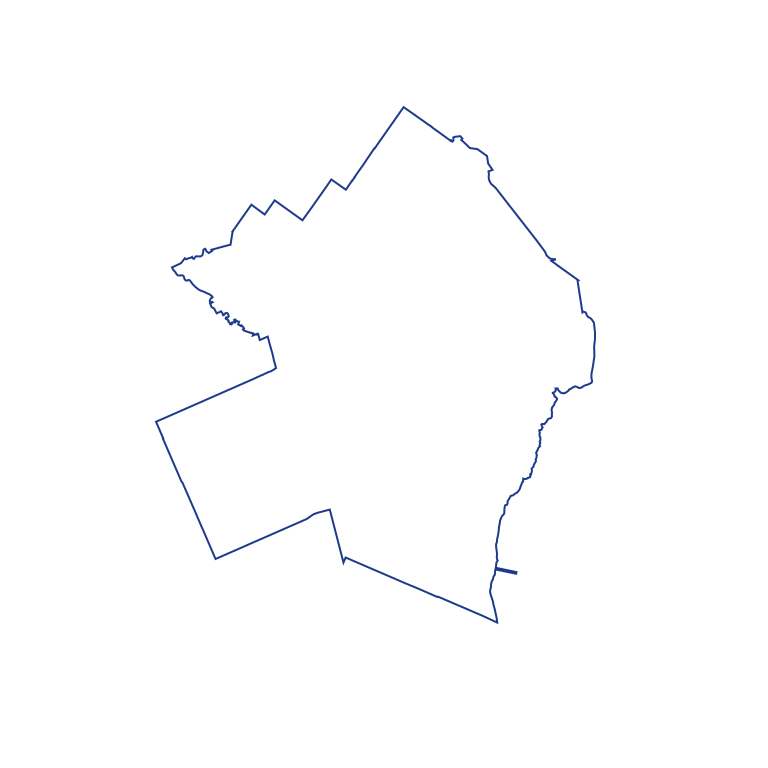 outline of Salisbury, South Australia, Australia, rotated 219°
{"feature_id": "25037944B95616539853674", "entity_name": "Salisbury", "entity_type": "district", "adm_level": 2, "iso_a3": "AUS", "parent_name": "Australia", "parent_adm1": "South Australia", "projection": "orthographic", "projection_center": [138.626, -34.768], "detail": "fine", "context": "isolated", "style": "outline", "palette": "blue", "viewbox_px": 768, "rotation_deg": 219, "n_neighbors": 0, "source": "geoboundaries", "source_scale": "gbopen_adm2", "svg_char_len": 6094}
<svg xmlns="http://www.w3.org/2000/svg" viewBox="0 0 768 768"><g transform="rotate(219 384 384)"><path d="M145.9,269.8L147.6,271.5L149.3,273.1L153.9,276.8L156.1,278.6L160.1,281.4L162.6,283.6L165.6,285.6L168.4,287.3L170.6,289.1L172.0,291.0L172.9,293.3L173.7,294.2L174.6,295.5L175.3,296.8L176.1,298.6L176.3,300.4L177.0,301.7L177.7,303.5L177.8,304.4L177.8,305.4L180.1,308.9L180.7,310.0L161.9,319.7L162.7,321.2L181.5,311.5L182.2,312.8L183.5,314.8L184.1,315.6L184.5,317.3L184.5,318.3L185.9,319.0L187.3,320.3L188.6,322.2L189.9,323.8L192.0,325.8L193.7,327.3L195.3,329.0L196.2,330.4L196.8,332.2L197.9,333.8L198.7,335.2L201.0,339.6L203.0,342.9L204.6,345.1L205.7,347.4L208.0,351.3L209.2,355.6L208.9,358.1L209.4,359.6L210.5,361.0L211.2,361.8L213.1,364.9L213.5,366.1L212.5,367.2L212.6,368.5L213.4,369.7L214.1,370.5L214.7,374.6L215.1,376.7L214.4,377.8L213.6,378.8L213.3,380.8L212.8,382.3L212.2,383.4L212.2,386.3L212.4,387.8L213.7,391.3L214.2,393.4L214.7,394.2L214.5,395.7L216.3,398.1L214.6,398.8L213.4,400.3L213.4,400.8L213.1,401.2L213.1,401.6L212.2,402.9L211.8,403.7L213.5,405.9L212.8,406.3L214.2,409.3L215.4,410.7L216.1,411.2L215.9,412.5L215.8,414.0L216.6,415.3L216.8,416.5L217.1,417.1L217.0,417.8L217.4,419.8L218.7,420.9L219.0,422.6L220.3,424.3L220.4,425.0L222.5,426.2L222.9,428.7L223.2,429.2L223.3,430.1L223.8,431.3L223.6,433.9L224.4,434.1L225.7,436.9L226.8,437.2L227.1,438.6L227.4,438.9L227.6,439.4L229.0,441.0L229.9,441.1L231.5,442.7L232.3,444.3L233.4,445.0L234.2,445.9L232.9,447.4L233.3,449.6L233.6,449.8L233.6,450.2L234.7,450.6L236.2,451.5L236.0,452.5L235.2,453.0L234.2,453.7L234.1,455.6L233.9,456.8L234.1,457.1L234.1,458.2L234.5,460.0L232.7,462.8L233.2,464.8L233.6,465.0L234.3,465.8L234.9,466.8L235.7,467.8L237.6,469.4L237.7,469.6L238.2,471.0L238.6,471.5L238.5,471.9L238.7,472.5L238.6,474.4L238.8,475.3L239.5,476.6L239.6,477.8L239.6,479.6L240.2,481.5L242.1,481.9L243.4,481.6L243.8,481.7L244.1,482.3L245.2,482.8L246.2,483.1L246.9,483.0L247.3,483.4L246.8,484.1L246.4,485.3L246.4,486.9L247.2,488.2L247.8,488.5L246.3,489.8L244.3,488.8L242.8,488.7L242.5,488.6L241.0,488.6L240.0,488.9L238.2,490.1L237.2,491.9L237.0,492.9L236.7,493.7L236.6,494.7L236.4,495.3L236.7,496.2L235.8,497.7L235.3,499.6L234.9,500.3L234.8,501.1L234.3,501.6L233.9,502.5L232.5,503.1L231.4,503.4L230.0,503.5L229.1,504.2L228.4,505.7L228.0,506.1L227.9,506.6L227.9,507.2L227.7,507.6L227.3,508.7L226.9,509.4L224.9,512.4L224.5,513.3L223.8,515.0L223.6,515.4L223.7,516.7L224.5,517.6L226.7,519.3L229.0,522.2L232.7,529.1L237.9,537.9L244.3,545.4L248.4,551.8L252.3,556.7L259.4,563.7L262.1,564.6L264.3,565.1L267.2,564.6L268.6,564.7L269.9,565.2L271.3,566.1L272.4,566.5L274.6,565.7L274.8,564.5L288.4,576.8L298.6,586.1L298.2,586.9L325.1,585.3L325.9,585.4L331.4,585.0L328.9,589.1L332.3,586.7L333.0,586.4L333.8,586.1L335.4,585.9L337.2,586.2L338.6,586.2L340.5,587.3L342.4,588.2L355.3,591.5L419.5,606.4L420.5,606.6L425.3,606.9L426.3,606.9L427.4,607.2L429.5,608.0L431.4,609.2L432.3,610.1L433.0,610.9L434.3,612.8L435.1,613.7L436.6,615.0L434.4,618.7L441.8,620.9L447.4,626.0L459.2,625.3L465.8,621.4L469.5,621.8L475.5,622.2L477.5,622.2L477.5,624.1L480.7,624.6L484.3,620.9L485.3,619.3L483.4,617.0L483.3,615.6L485.0,615.6L484.8,615.0L508.3,613.7L508.4,613.9L511.0,613.8L511.3,613.6L526.8,612.6L543.0,611.5L539.5,561.1L539.8,561.0L538.6,546.8L538.2,543.1L537.2,527.9L537.1,527.3L537.1,526.1L536.8,526.0L536.9,525.6L536.6,522.2L536.8,522.2L535.9,511.0L553.6,509.8L551.3,476.4L550.4,459.9L584.5,457.9L583.4,440.6L599.9,439.9L597.7,407.0L597.3,407.0L597.3,406.7L590.9,395.6L593.0,393.0L602.6,379.7L602.1,379.5L601.3,379.4L602.6,375.5L605.6,375.5L608.0,376.6L608.8,375.1L608.8,374.7L606.7,371.2L606.4,370.4L606.3,369.6L606.5,368.5L606.7,368.0L607.5,367.2L610.5,364.9L610.6,362.7L610.5,362.0L610.4,361.7L611.4,361.3L612.1,361.4L613.1,362.0L613.2,361.7L613.7,360.5L614.3,359.6L615.6,357.8L616.1,356.5L617.9,356.4L617.8,350.1L622.1,341.2L621.4,340.9L620.3,340.3L619.6,340.1L616.8,339.7L614.6,338.9L612.8,338.6L612.3,338.9L610.7,339.9L610.4,340.5L609.3,341.4L608.9,341.6L607.7,341.7L607.3,341.5L606.7,341.2L606.2,340.7L605.9,340.6L605.2,340.1L604.2,339.8L603.0,339.8L602.6,340.0L602.1,340.6L601.2,342.0L600.5,342.3L600.0,342.3L598.8,342.0L597.1,341.6L595.4,341.1L592.2,340.9L591.3,340.7L589.9,340.8L588.3,340.7L586.2,341.0L584.7,341.4L582.5,342.2L581.3,342.5L579.9,342.9L578.9,343.0L577.5,343.5L576.0,343.9L573.4,344.0L572.2,343.8L572.0,343.7L571.8,343.5L571.8,342.9L572.4,341.6L572.3,341.0L572.0,339.5L571.9,339.1L571.4,338.6L570.9,338.2L570.0,338.3L569.8,338.5L569.6,339.2L569.1,339.7L568.7,339.7L569.3,338.2L569.7,337.0L566.3,335.3L563.9,335.7L563.4,335.7L558.5,333.6L556.4,337.9L553.9,337.3L553.4,337.0L552.8,336.3L552.5,336.2L552.2,336.2L552.0,336.5L551.8,337.4L551.7,337.9L551.8,338.9L551.8,339.5L551.6,339.8L551.1,340.1L550.1,340.5L549.8,340.4L547.6,339.2L547.2,338.7L547.1,338.3L547.2,337.9L547.5,337.2L548.7,336.4L548.4,335.5L548.2,335.2L547.9,335.1L547.2,335.2L545.8,335.6L545.1,335.5L544.5,335.3L544.1,334.5L543.5,334.6L543.0,334.5L541.8,334.0L541.5,333.7L541.2,333.7L540.9,334.0L540.1,334.2L539.9,334.6L540.0,334.8L540.6,335.0L540.9,335.4L540.9,336.1L540.7,336.3L540.3,336.4L540.0,336.6L539.9,336.9L539.9,337.3L539.8,337.5L538.6,337.9L538.4,338.0L538.3,338.3L538.5,338.7L538.9,339.1L539.3,339.2L540.4,339.4L540.8,339.5L540.8,339.8L540.3,340.1L540.1,340.5L539.7,340.5L539.1,340.3L538.7,340.3L537.7,340.4L536.8,340.6L535.8,341.2L534.9,338.5L531.7,339.0L531.8,339.8L530.1,339.8L527.7,339.1L528.0,337.6L526.5,337.4L518.8,340.2L518.8,340.5L517.1,341.1L516.4,339.1L514.2,343.1L513.7,342.7L513.2,343.6L508.2,340.0L504.2,347.7L496.3,341.9L495.2,341.2L493.9,340.2L490.9,338.2L485.2,333.8L484.8,333.3L483.9,332.7L483.5,332.5L477.9,328.4L478.8,325.6L479.8,322.8L480.8,321.5L486.8,309.5L488.3,306.4L537.4,211.2L521.2,202.7L521.4,202.4L493.7,187.9L479.9,180.7L478.7,180.6L449.8,165.6L446.6,163.9L435.8,158.2L434.3,157.5L404.8,142.0L359.1,230.5L358.4,232.7L357.6,235.8L356.7,238.5L354.8,241.8L347.1,252.3L303.1,219.7L304.6,225.0L240.8,242.9L226.6,247.1L208.6,252.0L208.2,252.7L192.3,257.2L161.5,265.9L145.9,269.8Z" fill="none" stroke="#1e3a8a" stroke-width="2"/></g></svg>